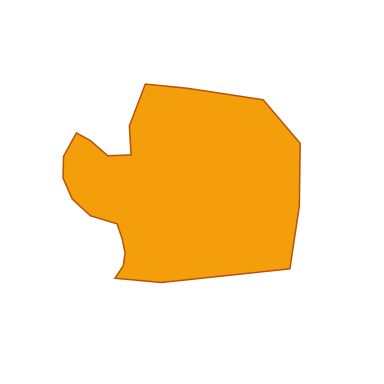 Banjul, Albers equal-area conic projection, rotated 225°
{"feature_id": "GMB-2153", "entity_name": "Banjul", "entity_type": "Independent City", "adm_level": 1, "iso_a3": "GMB", "parent_name": "Gambia", "parent_adm1": "", "projection": "albers", "projection_center": [-16.653, 13.415], "detail": "fine", "context": "isolated", "style": "filled", "palette": "amber", "viewbox_px": 384, "rotation_deg": 225, "n_neighbors": 0, "source": "natural_earth", "source_scale": "10m", "svg_char_len": 431}
<svg xmlns="http://www.w3.org/2000/svg" viewBox="0 0 384 384"><g transform="rotate(225 192 192)"><path d="M68.5,206.9L149.8,106.2L185.5,76.5L188.4,91.2L196.2,101.6L208.2,109.5L222.4,116.5L246.9,103.4L271.6,102.3L293.1,110.7L308.0,126.3L315.5,152.0L300.2,156.5L277.3,158.0L261.3,175.1L283.0,194.4L301.3,235.3L268.2,262.4L206.9,307.5L149.9,302.9L106.1,257.9L68.5,206.9Z" fill="#f59e0b" stroke="#b45309" stroke-width="1.5"/></g></svg>